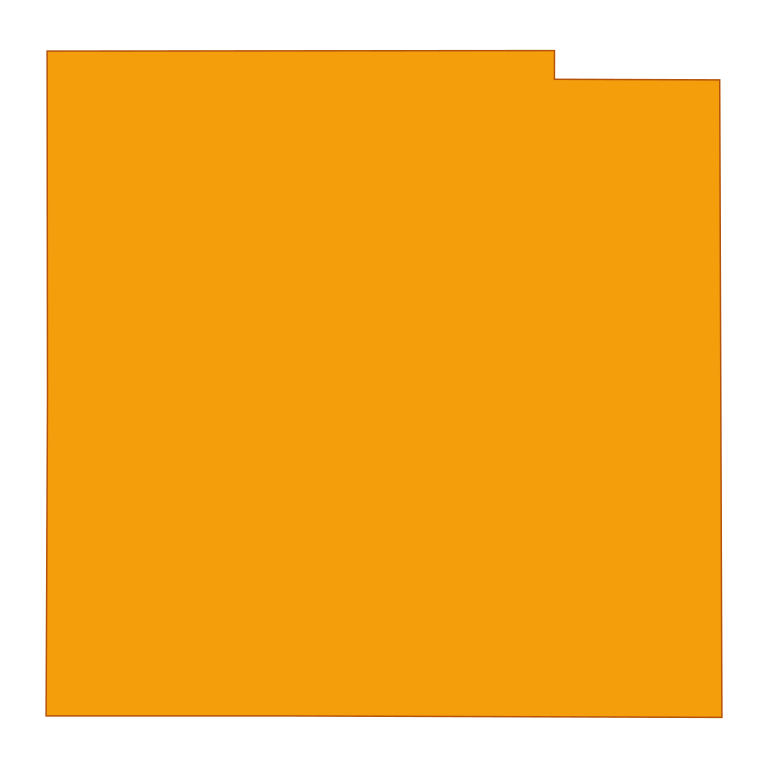 Mason, Texas, United States of America (orthographic projection)
{"feature_id": "52423323B11317235464600", "entity_name": "Mason", "entity_type": "district", "adm_level": 2, "iso_a3": "USA", "parent_name": "United States of America", "parent_adm1": "Texas", "projection": "orthographic", "projection_center": [-99.262, 30.72], "detail": "fine", "context": "isolated", "style": "filled", "palette": "amber", "viewbox_px": 768, "rotation_deg": 0, "n_neighbors": 0, "source": "geoboundaries", "source_scale": "gbopen_adm2", "svg_char_len": 232}
<svg xmlns="http://www.w3.org/2000/svg" viewBox="0 0 768 768"><path d="M47.5,397.6L46.1,715.9L280.6,715.9L721.9,717.4L719.7,79.9L554.4,79.3L554.5,50.6L47.1,51.1L47.5,397.6Z" fill="#f59e0b" stroke="#b45309" stroke-width="1.5"/></svg>